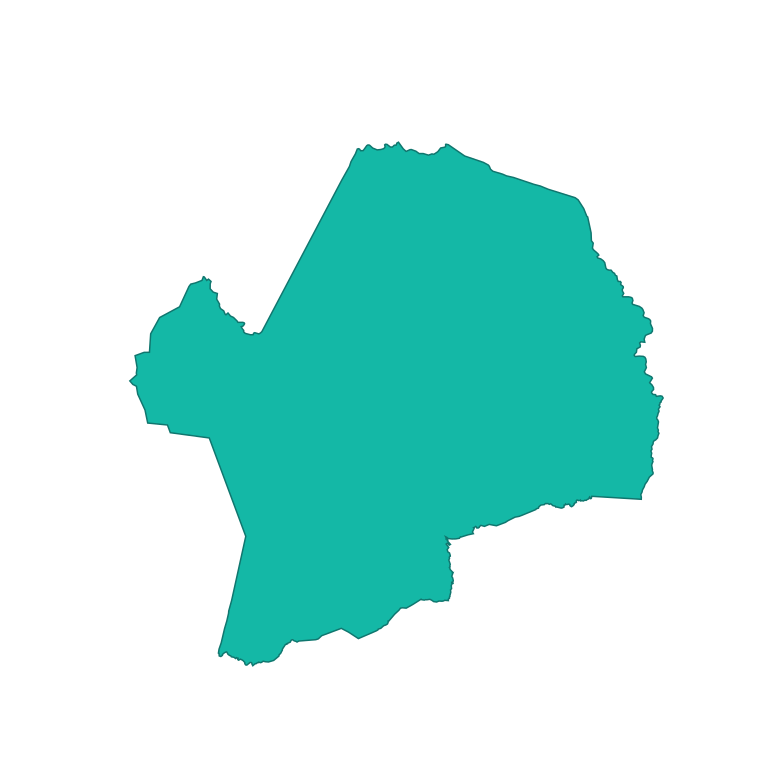 outline of Tapoa, Tapoa, Burkina Faso, rotated 244°
{"feature_id": "67063806B60723724569169", "entity_name": "Tapoa", "entity_type": "district", "adm_level": 2, "iso_a3": "BFA", "parent_name": "Burkina Faso", "parent_adm1": "Tapoa", "projection": "mercator", "projection_center": [1.463, 12.115], "detail": "fine", "context": "isolated", "style": "filled", "palette": "teal", "viewbox_px": 768, "rotation_deg": 244, "n_neighbors": 0, "source": "geoboundaries", "source_scale": "gbopen_adm2", "svg_char_len": 6171}
<svg xmlns="http://www.w3.org/2000/svg" viewBox="0 0 768 768"><g transform="rotate(244 384 384)"><path d="M192.0,521.5L167.6,564.7L169.5,565.7L172.0,566.3L173.7,568.5L175.4,569.8L177.6,572.9L179.4,574.6L181.1,577.8L184.0,581.7L185.3,586.4L186.4,587.0L188.4,587.1L189.5,587.8L193.4,588.9L194.8,589.9L196.3,591.7L197.8,591.9L198.8,593.0L199.7,593.0L201.1,592.1L202.5,592.8L204.5,594.3L206.8,594.5L207.9,596.3L210.5,597.0L212.2,599.6L213.7,600.4L214.7,602.1L214.6,603.5L215.6,606.2L217.4,607.6L219.2,609.5L221.1,609.4L222.3,610.4L224.6,610.5L229.6,614.1L231.7,614.3L232.9,613.9L234.5,614.5L235.4,615.8L237.9,617.9L238.5,618.9L239.3,619.4L240.8,619.5L241.4,620.0L242.5,622.1L244.4,622.0L244.9,623.1L246.1,623.8L246.4,625.3L247.1,625.4L248.9,628.6L249.4,628.8L251.2,628.5L252.2,627.2L253.5,623.4L255.4,623.4L256.7,621.2L258.7,620.6L259.8,621.2L260.9,623.9L262.8,624.7L265.9,624.4L268.7,623.3L271.6,627.8L273.2,627.6L278.4,623.5L280.8,623.3L283.7,627.0L287.0,627.7L288.9,629.4L291.8,630.3L293.7,630.2L295.2,629.1L297.2,625.6L298.6,621.8L299.9,621.4L300.8,622.0L301.9,624.8L304.8,626.7L305.0,630.5L306.4,631.4L308.8,631.7L309.3,633.3L307.2,636.7L310.3,637.5L312.7,639.9L313.1,641.1L312.7,646.5L313.8,648.4L316.3,649.7L321.3,649.9L323.8,651.3L325.4,651.1L326.8,650.3L329.9,647.2L331.8,646.9L334.0,649.0L337.5,649.3L339.2,649.0L341.8,647.5L346.5,642.5L348.0,642.4L349.9,644.3L352.3,644.8L353.6,644.0L355.1,642.1L357.6,637.0L358.7,636.8L360.4,639.2L363.0,639.0L364.6,639.7L365.6,641.3L366.8,641.7L369.7,640.3L371.3,641.6L372.5,641.4L373.5,639.5L375.5,639.5L379.0,640.6L380.3,639.6L382.4,639.7L384.0,638.6L386.8,638.0L387.7,636.1L389.4,634.5L391.1,634.3L396.3,635.6L398.7,635.1L401.4,633.7L403.5,631.4L405.0,631.3L405.7,633.6L407.2,633.4L412.8,631.1L414.7,630.9L418.9,633.8L421.8,633.2L429.1,636.4L444.9,640.3L445.8,639.8L454.1,640.4L464.4,639.2L467.6,637.5L487.1,616.9L493.4,611.3L497.8,606.2L512.8,591.0L517.4,585.3L520.6,582.6L527.5,575.1L530.3,573.9L533.5,574.1L535.0,573.8L539.6,570.5L553.5,556.5L570.9,546.7L572.4,544.8L572.3,544.4L570.6,543.6L570.2,542.5L571.3,538.4L569.2,534.2L568.6,529.6L569.8,527.9L570.2,524.3L573.9,520.3L575.7,516.6L579.3,514.7L582.7,511.4L583.2,510.2L583.4,505.8L586.9,504.4L595.0,503.0L594.9,501.2L593.4,499.7L594.1,497.9L593.3,495.5L594.1,493.7L598.1,491.7L598.9,490.3L598.6,489.4L597.0,489.1L596.1,488.2L595.7,486.8L596.1,484.1L597.4,480.5L601.0,477.3L605.0,475.7L605.9,474.4L605.8,473.0L602.9,467.6L603.9,465.3L605.8,465.0L606.6,464.4L606.9,463.0L603.4,459.2L598.4,451.9L594.7,448.3L585.7,435.3L484.6,297.2L484.0,295.3L483.9,293.5L486.8,290.3L486.8,289.1L485.7,288.1L486.7,285.7L490.3,281.5L492.4,280.7L493.7,281.4L495.5,280.9L498.1,280.8L497.9,282.4L498.1,283.3L499.3,285.1L500.1,285.2L501.3,284.2L503.5,279.7L505.0,279.6L509.8,277.9L512.4,275.8L516.2,274.9L515.5,272.3L516.6,271.8L520.0,272.0L523.5,270.1L526.2,270.2L527.9,271.2L533.6,270.8L538.4,273.9L541.4,270.8L545.8,269.5L550.2,271.7L552.0,273.5L555.2,272.2L554.8,270.1L559.0,269.4L559.6,268.7L556.9,265.8L557.5,258.8L558.5,254.1L557.2,251.5L543.0,234.1L542.1,211.5L531.4,196.3L515.3,187.1L517.6,182.3L518.6,172.7L507.0,169.3L502.4,166.2L500.6,165.7L498.2,156.9L493.7,158.1L490.5,160.5L482.8,158.2L465.4,157.8L452.5,154.5L442.1,171.4L433.9,170.6L412.1,203.3L307.7,193.0L256.3,152.2L248.0,144.9L246.1,143.8L240.0,138.9L234.2,133.6L222.7,124.2L218.0,119.5L214.7,117.2L214.2,117.6L211.8,116.7L210.6,117.9L210.9,119.8L211.7,120.2L212.4,122.7L212.4,124.8L212.0,125.2L209.4,125.3L207.7,126.2L206.9,127.1L205.7,127.2L204.2,129.3L202.3,130.3L202.7,131.5L202.0,132.0L201.1,131.9L201.2,132.5L199.9,132.0L199.5,132.3L199.6,134.4L197.4,136.0L194.8,136.8L193.6,136.3L192.2,136.5L191.5,137.5L192.4,141.6L192.0,142.4L191.2,142.9L190.0,142.5L188.3,142.6L189.1,145.6L188.7,146.2L189.0,148.3L188.6,149.1L188.9,149.5L187.7,150.8L187.5,151.9L187.8,153.9L186.4,155.6L184.8,158.3L183.9,163.7L185.5,170.2L186.7,171.2L187.1,172.9L189.4,176.0L190.2,176.4L193.0,181.1L192.8,182.3L192.8,183.0L193.2,182.9L193.1,186.6L194.3,188.1L194.4,189.2L194.2,189.8L192.6,190.6L191.1,192.2L190.2,192.7L190.3,194.8L184.1,210.6L183.7,213.2L185.1,217.7L183.1,238.5L176.6,243.3L166.4,249.4L165.5,269.1L165.7,270.9L166.2,271.4L165.8,274.0L166.9,277.8L166.6,280.1L166.8,281.9L167.8,283.1L169.1,283.8L168.8,284.3L172.4,292.6L174.1,298.2L175.3,300.5L174.8,302.4L172.8,305.7L173.2,313.1L174.3,323.0L173.7,323.2L172.1,325.5L171.9,327.0L171.3,327.9L170.4,330.8L168.9,332.0L166.7,333.2L165.0,335.7L164.8,338.3L163.3,341.0L162.9,342.5L163.0,343.7L161.1,346.9L162.3,347.4L162.8,348.9L163.7,349.3L164.1,350.1L164.5,350.1L167.5,352.7L169.9,353.6L170.4,355.0L173.4,356.1L174.7,357.8L174.5,358.6L175.1,358.7L175.6,357.7L176.1,357.9L175.9,359.2L177.0,360.1L179.6,360.7L181.5,360.6L183.9,363.1L183.9,362.6L184.2,362.5L185.1,363.1L188.0,362.2L190.4,362.4L190.4,362.9L190.8,363.3L191.5,363.3L192.9,364.5L197.5,365.1L198.3,366.3L199.6,366.7L200.2,367.3L200.2,368.1L200.9,368.4L203.4,368.8L205.1,367.8L207.5,368.2L208.7,370.5L212.9,369.7L213.2,371.0L211.8,371.8L210.6,372.0L210.7,373.4L214.8,372.3L215.7,372.3L215.7,372.9L216.5,372.9L217.5,371.8L218.1,372.4L219.7,372.4L218.5,373.3L217.0,373.9L214.9,377.2L213.3,380.7L212.3,384.1L213.1,385.7L212.7,386.1L211.6,393.4L210.3,398.7L212.2,398.6L214.7,401.7L215.6,401.6L215.4,402.2L215.8,403.9L215.0,404.3L213.9,404.3L213.3,405.6L213.4,406.7L213.9,407.2L214.5,409.1L212.0,411.9L211.7,417.0L207.3,422.9L206.4,432.5L206.8,435.4L206.9,443.4L205.8,447.4L205.5,450.8L204.6,465.4L205.1,466.2L204.7,468.4L205.8,469.5L206.4,472.0L205.3,475.3L205.7,476.2L205.7,477.2L205.2,477.6L204.7,479.0L203.4,479.8L203.3,481.3L200.6,482.5L199.2,484.3L198.0,484.5L197.9,485.1L194.9,488.7L194.5,489.6L194.4,491.7L196.1,492.8L195.8,493.2L195.9,493.8L196.5,494.5L196.1,494.6L195.5,495.5L195.1,497.3L194.3,498.1L193.2,497.8L191.6,498.6L191.5,499.2L191.8,501.0L192.4,502.1L192.8,502.1L193.4,503.5L193.2,504.4L193.5,505.2L194.5,505.4L195.1,506.2L194.8,507.1L194.0,507.6L193.9,508.3L193.1,509.3L193.3,509.6L192.6,509.6L192.4,510.7L191.5,511.8L191.5,513.5L190.8,514.8L191.1,515.9L191.0,517.5L192.2,519.1L190.5,519.2L190.4,519.7L190.3,520.0L190.8,520.7L191.6,520.9L192.0,521.5Z" fill="#14b8a6" stroke="#0f766e" stroke-width="1.5"/></g></svg>